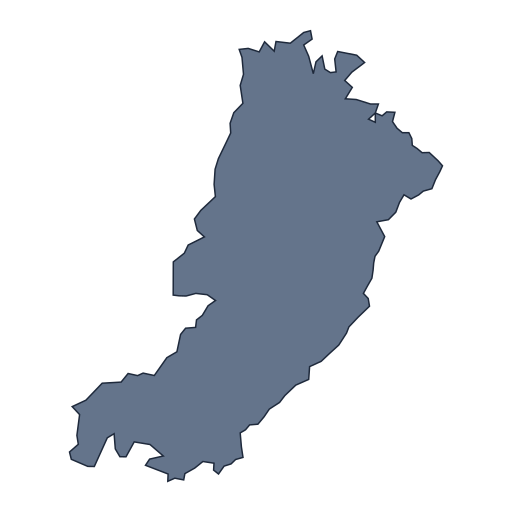 Jacutinga, Rio Grande do Sul, Brazil
{"feature_id": "56859067B55904533965015", "entity_name": "Jacutinga", "entity_type": "district", "adm_level": 2, "iso_a3": "BRA", "parent_name": "Brazil", "parent_adm1": "Rio Grande do Sul", "projection": "albers", "projection_center": [-52.547, -27.784], "detail": "fine", "context": "isolated", "style": "filled", "palette": "slate", "viewbox_px": 512, "rotation_deg": 0, "n_neighbors": 0, "source": "geoboundaries", "source_scale": "gbopen_adm2", "svg_char_len": 2013}
<svg xmlns="http://www.w3.org/2000/svg" viewBox="0 0 512 512"><path d="M72.2,406.6L79.6,414.6L76.9,435.4L78.3,444.3L69.5,452.0L71.3,459.3L87.8,466.4L94.3,466.5L107.3,437.8L114.1,433.7L115.3,448.9L119.9,456.7L126.0,456.8L134.2,441.9L150.0,444.5L163.3,456.0L149.6,459.1L145.5,465.3L168.1,474.0L167.8,481.3L174.8,478.2L183.7,479.9L184.9,473.6L194.7,468.1L202.9,461.5L214.0,463.2L213.6,470.1L218.5,474.0L224.1,466.1L231.1,463.9L235.6,459.5L243.0,457.4L241.4,446.9L240.2,432.9L245.5,429.8L249.6,424.9L257.9,424.2L264.0,416.9L269.3,409.1L279.6,402.4L284.9,395.5L295.8,385.1L308.7,379.4L309.6,366.6L321.2,361.3L328.4,354.5L338.8,345.0L346.5,333.1L348.9,326.9L358.1,317.2L369.5,306.2L368.2,298.5L363.4,293.4L367.4,286.1L371.9,278.2L373.1,270.1L373.7,262.9L375.0,256.3L378.7,251.2L384.7,236.6L376.8,221.8L388.4,219.7L395.8,212.2L399.5,202.4L404.0,194.8L411.0,199.0L418.7,194.9L423.3,191.1L431.9,188.7L435.5,179.7L439.8,171.7L442.5,165.8L438.0,160.7L429.2,152.5L422.1,152.7L417.1,148.5L412.3,145.4L411.8,138.6L408.9,132.7L402.3,132.7L397.0,128.2L392.5,121.6L394.9,112.3L386.7,111.9L382.1,115.8L375.3,113.0L378.4,104.0L370.5,104.0L356.2,99.5L345.3,98.8L352.3,87.4L344.7,80.5L351.8,72.2L364.6,62.5L356.7,55.2L337.7,51.5L334.7,59.0L336.1,71.9L330.4,72.6L324.8,69.1L322.1,55.9L316.0,61.8L313.3,73.7L308.7,56.3L303.7,45.0L312.1,39.1L310.5,30.7L303.7,32.5L290.3,43.2L276.0,41.5L274.2,51.2L264.6,41.8L259.2,51.9L248.2,48.4L239.2,49.4L242.0,57.4L243.5,74.3L240.2,85.4L242.9,103.3L233.8,112.7L230.1,123.3L230.7,133.0L225.6,143.7L218.4,158.6L215.1,169.2L214.1,184.4L215.4,196.6L200.8,210.4L194.4,219.0L197.3,230.5L204.4,236.9L188.2,245.0L184.3,253.2L173.3,261.9L173.2,295.1L179.0,295.8L186.1,296.0L195.8,293.4L207.2,294.7L215.5,300.5L208.1,305.7L202.3,315.4L196.5,319.9L195.6,327.4L185.6,328.2L180.6,334.4L176.9,351.8L166.9,357.6L154.3,375.5L143.1,373.1L137.6,375.6L128.1,373.5L121.1,382.1L102.2,383.2L85.9,400.2L72.2,406.6ZM375.3,113.0L375.3,122.3L368.5,119.2L375.3,113.0Z" fill="#64748b" stroke="#1e293b" stroke-width="1.5"/></svg>